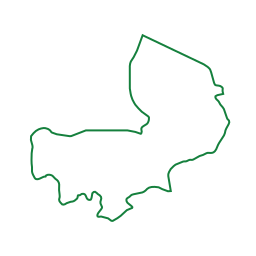 map outline of Biskra (Equal Earth projection), rotated 172°
{"feature_id": "DZA-2211", "entity_name": "Biskra", "entity_type": "Province", "adm_level": 1, "iso_a3": "DZA", "parent_name": "Algeria", "parent_adm1": "", "projection": "equal_earth", "projection_center": [5.569, 34.431], "detail": "fine", "context": "isolated", "style": "outline", "palette": "green", "viewbox_px": 256, "rotation_deg": 172, "n_neighbors": 0, "source": "natural_earth", "source_scale": "10m", "svg_char_len": 2849}
<svg xmlns="http://www.w3.org/2000/svg" viewBox="0 0 256 256"><g transform="rotate(172 128 128)"><path d="M78.1,87.1L86.0,85.1L88.1,83.9L91.4,81.4L93.5,78.7L94.5,76.7L94.8,74.8L94.4,59.6L97.2,59.8L102.6,62.7L105.9,65.0L109.8,66.0L112.8,66.3L115.4,66.0L117.4,65.1L119.4,63.6L121.1,62.7L122.7,62.2L131.8,61.6L133.6,61.3L134.7,60.7L135.9,59.8L136.7,59.4L138.3,58.7L139.2,58.0L139.6,57.1L139.6,55.8L139.4,55.1L138.9,54.0L138.4,53.4L135.3,50.1L134.7,49.0L135.0,48.3L140.6,46.8L147.4,42.1L151.0,40.2L155.9,38.2L156.7,38.2L157.6,38.6L160.3,41.3L167.0,44.1L168.7,44.1L169.8,44.3L170.4,44.7L170.5,45.9L170.0,47.0L169.1,48.2L166.0,51.2L165.0,52.4L164.7,53.3L165.7,57.0L165.6,58.7L164.3,61.8L164.3,63.5L165.3,65.2L167.2,66.9L168.0,68.0L169.5,69.4L170.9,69.4L171.9,68.7L172.4,68.3L173.6,64.5L174.2,63.1L174.8,62.3L175.7,62.1L176.7,62.3L177.6,62.8L178.4,63.8L178.8,65.0L179.1,66.3L179.6,67.6L179.9,68.1L180.4,68.6L181.6,69.1L183.1,69.1L184.9,68.2L185.2,68.1L186.7,68.3L186.9,68.2L187.1,67.9L187.7,66.0L188.4,65.1L190.8,63.6L192.0,63.1L193.2,62.9L195.2,62.9L199.2,62.1L201.0,61.3L202.5,61.1L203.8,61.5L205.2,63.5L206.0,64.9L206.2,66.5L206.0,67.3L205.3,69.0L205.1,70.1L205.0,71.7L204.9,76.1L204.0,81.6L204.1,83.3L204.7,85.1L205.7,86.5L207.0,87.8L209.3,91.0L210.1,91.7L211.3,92.3L212.6,92.7L214.1,92.8L215.3,92.5L215.8,92.3L216.4,91.4L217.8,91.5L218.8,91.3L222.7,90.1L224.0,89.9L225.0,89.9L225.7,90.1L226.3,90.3L226.8,90.7L227.4,91.7L228.6,95.1L229.0,96.8L229.1,98.3L228.5,102.6L228.4,106.1L228.0,109.8L226.9,116.4L225.7,120.8L225.3,121.6L225.1,123.0L225.1,124.2L225.8,129.7L225.1,133.4L222.3,136.0L219.6,137.9L216.7,139.1L214.2,139.6L211.7,139.7L210.0,139.4L208.9,138.9L207.4,138.2L206.2,137.2L205.3,136.2L204.8,135.1L204.0,134.1L199.4,131.7L186.8,128.0L185.4,127.9L170.0,131.5L128.9,125.7L121.3,123.1L116.4,120.6L116.1,120.5L115.8,120.7L115.4,121.2L114.9,122.7L115.0,124.4L114.8,125.8L113.9,126.9L112.5,127.7L109.3,129.1L108.3,129.7L107.5,130.6L106.9,131.6L106.3,132.9L106.0,134.2L105.8,135.5L106.1,136.3L106.5,136.8L112.1,142.2L115.0,146.1L117.5,150.0L118.3,151.8L119.6,155.4L120.4,159.3L120.6,161.6L120.7,166.8L117.6,189.1L116.9,191.5L115.9,193.5L112.5,197.4L108.3,203.4L100.6,217.8L44.1,180.5L40.6,177.4L39.0,175.4L38.5,174.3L37.9,171.5L36.5,160.9L36.2,159.7L35.7,158.6L34.8,158.0L32.2,157.3L30.6,156.6L29.3,155.4L28.8,154.6L28.7,153.8L29.1,152.2L29.2,151.2L29.0,148.5L34.7,148.1L35.7,147.8L36.9,147.3L37.2,146.5L37.0,145.3L36.4,144.1L35.4,142.9L34.5,141.6L33.3,138.4L31.3,135.3L30.4,133.4L28.6,124.1L28.2,122.9L27.5,122.1L27.0,121.2L26.9,119.6L27.8,117.8L30.7,113.9L31.8,112.1L32.8,109.4L34.0,107.3L39.8,100.6L41.2,98.7L43.6,94.7L45.1,93.0L46.7,92.0L48.2,91.7L49.6,91.8L51.9,92.2L52.9,92.3L54.2,92.0L57.4,90.9L61.0,90.3L67.7,87.7L69.0,87.5L71.1,87.9L72.3,87.7L74.5,87.0L75.5,86.9L76.8,87.1L78.1,87.1Z" fill="none" stroke="#15803d" stroke-width="2"/></g></svg>